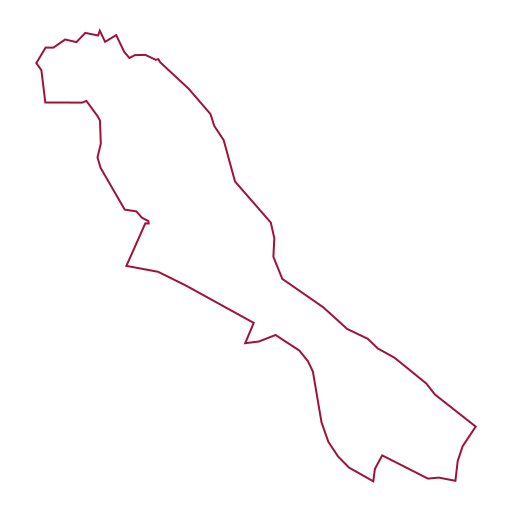 Stillorgan Lea-6, Dún Laoghaire–Rathdown, Ireland
{"feature_id": "5873133B81162286200234", "entity_name": "Stillorgan Lea-6", "entity_type": "district", "adm_level": 2, "iso_a3": "IRL", "parent_name": "Ireland", "parent_adm1": "Dún Laoghaire–Rathdown", "projection": "albers", "projection_center": [-6.206, 53.285], "detail": "fine", "context": "isolated", "style": "outline", "palette": "rose", "viewbox_px": 512, "rotation_deg": 0, "n_neighbors": 0, "source": "geoboundaries", "source_scale": "gbopen_adm2", "svg_char_len": 958}
<svg xmlns="http://www.w3.org/2000/svg" viewBox="0 0 512 512"><path d="M185.6,285.4L253.7,322.9L245.2,343.2L258.9,341.5L275.5,335.0L299.3,350.5L308.0,361.3L312.9,371.6L321.5,422.3L328.3,441.7L337.9,456.3L349.0,467.6L373.3,481.3L374.9,468.9L382.2,455.4L427.9,478.6L438.8,477.6L455.4,480.8L457.7,461.1L462.6,446.3L475.7,426.6L435.0,394.6L426.3,383.5L394.6,357.8L377.9,348.5L367.8,338.8L347.2,329.0L323.4,307.4L282.3,278.9L273.4,256.8L274.3,238.1L270.8,222.6L235.0,181.5L223.7,140.2L214.3,126.0L210.5,114.1L188.8,88.9L160.1,62.2L158.4,59.2L155.7,59.8L145.4,54.9L134.9,55.1L129.4,58.0L124.1,51.7L116.2,35.1L105.1,41.8L99.8,30.7L98.1,35.5L85.3,32.9L76.4,42.1L65.1,39.5L53.4,47.6L45.6,47.6L36.3,63.1L41.4,70.2L45.3,102.5L82.3,102.6L86.4,100.9L97.8,116.5L100.0,120.7L100.8,143.7L97.5,157.3L100.5,167.7L124.7,209.6L136.4,211.4L141.9,217.7L148.4,221.1L148.6,223.5L145.3,223.4L126.4,265.9L158.1,271.8L185.6,285.4Z" fill="none" stroke="#9f1239" stroke-width="2"/></svg>